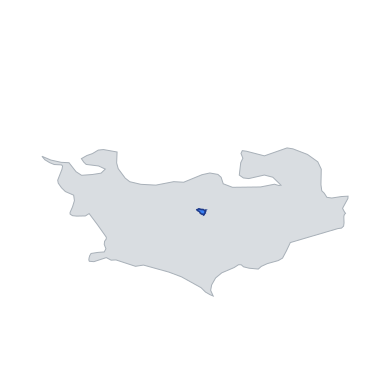 Santa Ana, San José, Costa Rica (highlighted), rotated 144°
{"feature_id": "36466004B14800778897380", "entity_name": "Santa Ana", "entity_type": "district", "adm_level": 2, "iso_a3": "CRI", "parent_name": "Costa Rica", "parent_adm1": "San José", "projection": "mercator", "projection_center": [-84.193, 9.918], "detail": "fine", "context": "in_parent", "style": "filled", "palette": "blue", "viewbox_px": 384, "rotation_deg": 144, "n_neighbors": 0, "source": "geoboundaries", "source_scale": "gbopen_adm2", "svg_char_len": 3234}
<svg xmlns="http://www.w3.org/2000/svg" viewBox="0 0 384 384"><g transform="rotate(144 192 192)"><path d="M315.8,196.3L315.4,197.7L314.1,199.1L312.2,200.6L309.8,201.6L303.9,198.6L298.2,195.1L295.0,196.7L293.8,201.2L291.7,203.5L289.0,204.4L287.9,205.8L287.7,220.9L287.9,235.0L292.3,235.3L299.5,240.3L302.6,243.1L303.6,245.8L302.7,247.1L297.4,250.2L292.2,254.1L289.6,259.0L294.2,266.8L295.1,272.2L295.0,277.8L293.7,280.5L283.7,286.9L281.4,289.1L281.7,290.7L287.3,295.2L289.9,299.4L292.1,304.6L292.4,309.1L287.4,300.8L280.4,292.9L274.3,288.0L273.9,276.6L271.5,270.4L262.3,264.7L254.5,260.7L248.7,261.5L252.3,268.0L261.4,276.5L262.0,279.7L261.9,284.0L255.6,283.3L250.0,281.6L243.2,281.0L238.7,278.4L229.1,268.4L235.9,259.8L238.0,254.2L237.9,242.5L236.3,236.9L228.9,228.3L217.2,218.8L200.7,211.1L193.0,204.8L173.7,200.1L166.4,196.9L160.7,191.0L159.8,186.8L161.9,180.3L156.5,172.0L133.6,155.8L120.7,149.8L118.0,146.3L116.0,145.2L117.9,156.4L123.5,163.2L138.2,169.5L142.2,173.2L143.8,177.9L135.3,187.1L131.0,189.4L129.7,194.4L127.0,195.9L124.0,193.0L112.2,178.7L89.2,171.8L85.0,167.6L76.5,154.5L72.5,142.5L74.0,134.5L83.4,122.1L86.3,116.7L85.7,113.3L86.0,108.4L82.5,105.0L73.8,100.5L68.2,96.9L69.7,95.1L79.8,90.3L80.4,86.0L80.3,84.5L82.0,84.2L83.4,83.1L84.3,81.9L87.1,77.7L89.4,75.3L92.2,74.9L95.6,76.7L108.2,81.2L122.2,86.2L142.2,93.3L150.4,88.8L157.6,85.3L162.5,85.8L173.2,89.8L179.7,91.1L183.7,90.7L190.5,96.7L194.3,101.2L194.9,104.1L197.0,105.8L202.3,106.1L215.4,109.1L223.4,108.6L230.7,105.3L234.7,101.5L236.0,95.4L237.8,98.4L239.9,103.1L240.9,109.2L250.3,129.4L257.8,140.8L274.2,161.4L281.4,165.1L293.4,181.7L297.5,184.4L299.9,189.3L312.3,193.3L315.8,196.3Z" fill="#d9dde1" stroke="#a8b0b8" stroke-width="1"/><path d="M195.8,166.5L195.7,166.5L195.4,166.5L195.1,166.7L195.0,166.8L194.9,167.0L194.7,167.1L194.5,167.3L194.4,167.4L194.2,167.4L193.9,167.3L193.8,167.2L193.7,167.2L193.7,167.3L193.5,167.5L193.4,167.5L193.3,167.8L193.2,168.0L193.2,168.3L193.0,168.5L192.9,168.5L192.7,168.5L192.7,168.4L192.4,168.4L192.3,168.5L192.2,168.5L192.2,168.8L192.1,169.0L191.9,169.2L191.7,169.1L191.5,169.3L191.4,169.3L191.5,169.4L191.7,169.5L191.8,169.5L192.2,169.5L192.3,169.6L192.5,169.7L192.5,169.8L192.7,170.0L192.9,170.3L193.0,170.5L193.1,170.9L193.1,171.1L193.3,171.3L193.5,171.5L193.8,171.6L193.9,171.8L194.0,171.8L194.3,171.9L194.3,172.0L194.5,172.1L194.6,172.3L194.7,172.5L194.8,172.6L194.9,172.8L195.0,172.8L195.3,172.9L195.3,173.0L195.5,173.1L195.7,173.3L195.7,173.6L195.8,173.7L195.8,173.8L196.0,173.9L196.1,174.0L196.2,174.3L196.3,174.4L196.5,174.5L196.8,174.5L197.0,174.5L197.3,174.4L197.4,174.5L197.5,174.5L197.8,174.6L198.0,174.7L198.3,174.8L198.3,174.7L198.5,174.7L198.6,174.4L198.5,174.2L198.4,173.8L198.4,173.7L198.2,173.5L198.2,173.4L198.2,173.2L198.1,172.9L197.9,172.6L197.8,172.4L197.7,172.3L197.7,172.2L197.6,171.9L197.5,171.7L197.5,171.4L197.5,171.2L197.6,170.9L197.6,170.6L197.7,170.4L197.7,170.2L197.6,169.9L197.7,169.7L197.5,169.4L197.4,169.4L197.4,169.0L197.2,168.5L197.1,168.4L196.9,168.3L196.9,168.2L196.7,168.2L196.4,167.8L196.4,167.7L196.3,167.4L196.2,167.4L196.0,167.2L195.9,167.2L195.8,166.9L195.7,166.8L195.8,166.7L195.7,166.7L195.8,166.6L195.8,166.5Z" fill="#3b82f6" stroke="#1e3a8a" stroke-width="1.5"/></g></svg>